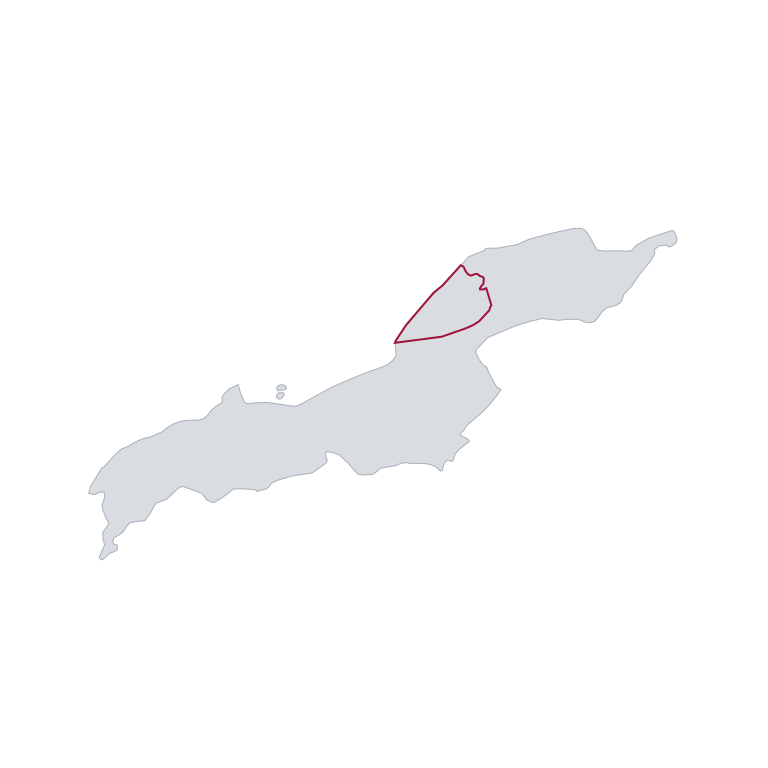 Malawi, with Mangochi highlighted, rotated 253°
{"feature_id": "MWI-1910", "entity_name": "Mangochi", "entity_type": "District", "adm_level": 1, "iso_a3": "MWI", "parent_name": "Malawi", "parent_adm1": "", "projection": "equal_earth", "projection_center": [35.307, -14.139], "detail": "coarse", "context": "in_parent", "style": "outline", "palette": "rose", "viewbox_px": 768, "rotation_deg": 253, "n_neighbors": 0, "source": "natural_earth", "source_scale": "10m", "svg_char_len": 3735}
<svg xmlns="http://www.w3.org/2000/svg" viewBox="0 0 768 768"><g transform="rotate(253 384 384)"><path d="M317.2,448.0L313.8,441.9L311.1,443.4L307.3,447.7L305.3,448.8L304.2,448.7L303.5,447.6L302.7,444.9L299.7,437.2L296.4,431.6L292.9,429.5L290.1,426.9L291.3,424.4L292.6,422.7L292.0,420.9L290.4,418.2L284.2,414.3L284.1,412.7L289.6,409.3L293.0,405.4L295.3,401.5L298.3,393.2L300.7,384.9L302.5,382.2L303.1,376.7L302.6,370.4L303.8,362.5L304.4,355.0L302.5,352.1L301.0,347.0L302.8,338.4L305.6,332.5L319.4,326.3L329.0,320.7L331.0,318.3L334.3,313.5L336.1,308.9L334.8,307.5L327.2,307.3L325.4,305.6L319.9,289.2L322.8,270.4L323.1,263.0L323.0,253.9L322.0,247.2L319.6,244.4L318.1,240.8L318.5,231.0L320.7,229.8L325.5,216.9L327.6,209.2L325.0,203.1L322.2,194.4L320.9,188.8L320.2,187.0L322.1,183.6L325.4,180.3L329.0,179.3L332.8,177.8L344.9,161.6L345.0,158.5L342.8,153.1L338.3,144.9L337.3,141.6L336.7,131.7L334.9,128.8L328.3,122.2L323.1,115.2L324.7,108.2L325.6,100.4L323.0,96.2L319.2,91.8L316.9,85.4L315.8,80.6L312.8,78.7L310.1,78.6L308.1,81.6L306.0,81.4L303.3,80.3L302.5,76.2L302.3,71.7L300.5,68.7L298.8,64.5L298.6,62.2L299.6,61.6L301.9,61.2L311.7,69.7L317.6,70.0L324.2,71.6L329.9,79.1L332.8,80.1L336.5,79.0L347.2,78.3L351.4,79.3L356.9,83.7L359.1,84.3L362.5,84.5L363.2,83.3L363.5,80.7L362.9,75.5L363.7,72.7L365.7,69.6L371.6,73.2L386.1,89.5L386.5,91.6L395.8,107.7L398.8,114.6L398.8,118.2L401.7,132.3L402.3,138.9L401.7,143.9L401.8,147.9L402.9,153.7L402.5,156.1L405.8,164.6L407.4,171.6L407.8,178.6L406.8,185.3L403.9,195.1L403.4,199.1L404.1,202.7L406.0,206.6L409.1,210.8L411.5,215.9L413.1,221.9L414.4,224.6L416.1,224.5L419.2,225.5L421.7,229.0L424.6,234.8L425.6,241.5L426.0,244.4L417.7,244.2L407.3,245.3L404.8,248.0L404.0,253.8L400.8,265.9L399.0,270.3L395.1,278.4L389.7,289.8L388.6,293.5L388.8,297.4L392.0,312.9L395.4,329.2L396.4,335.5L398.9,357.2L400.2,372.5L400.4,381.5L401.5,393.5L404.5,400.0L407.6,404.0L419.3,406.5L422.8,409.4L429.5,417.1L444.0,438.2L451.9,451.7L458.9,463.6L471.4,485.6L481.1,502.7L482.3,518.8L483.9,521.1L480.6,533.0L478.4,552.2L480.0,564.9L479.3,586.6L477.5,609.7L475.3,618.0L472.4,621.1L465.7,623.6L450.8,626.5L448.6,629.2L446.7,633.6L443.7,644.3L440.1,655.0L439.0,659.6L439.7,660.7L442.9,666.1L446.1,680.1L446.6,704.0L445.5,705.8L441.1,706.8L436.4,706.5L434.5,705.2L432.7,702.5L431.5,697.4L434.5,693.8L435.6,687.6L433.7,682.2L429.7,681.1L424.6,676.2L413.9,660.2L404.9,648.9L399.6,639.6L394.3,635.9L392.7,633.6L391.4,629.7L391.4,624.0L391.9,619.8L390.2,615.1L384.8,607.9L382.3,603.8L382.2,599.0L384.4,594.4L389.1,588.7L392.5,577.2L393.8,569.8L400.3,554.8L401.2,541.8L401.3,531.4L400.9,523.6L399.2,507.7L398.0,496.7L389.9,482.2L387.3,480.9L379.7,482.1L373.0,484.3L369.8,487.3L364.9,487.4L352.0,489.9L347.9,491.0L345.6,493.6L344.2,494.2L336.1,483.0L328.9,471.0L319.8,450.4L317.2,448.0ZM411.1,289.0L408.9,289.7L407.5,288.2L407.9,283.7L408.6,280.5L410.8,280.0L412.3,280.9L413.4,282.3L413.4,284.7L412.8,287.2L411.1,289.0ZM406.3,280.9L405.0,285.3L402.5,285.3L400.0,281.3L400.8,278.3L403.1,277.3L405.2,278.5L406.3,280.9Z" fill="#d9dde1" stroke="#a8b0b8" stroke-width="1"/><path d="M420.2,406.5L422.1,408.0L433.8,422.2L456.9,458.3L461.0,468.7L475.1,492.1L473.4,493.9L472.0,494.6L470.1,494.7L468.6,494.9L465.6,495.9L464.2,496.6L463.4,497.3L462.4,498.6L462.3,499.1L462.2,499.6L462.5,502.4L462.5,503.6L462.2,504.7L461.5,505.8L459.3,507.2L457.7,509.5L456.8,510.1L455.8,510.3L455.0,510.1L450.6,508.2L450.3,507.8L449.6,506.4L448.9,505.4L447.9,504.2L447.2,503.6L446.5,503.4L446.3,503.6L446.2,503.9L446.0,504.8L445.4,506.5L445.4,507.9L445.8,509.1L445.7,509.8L428.0,509.7L426.0,507.7L424.1,506.6L423.3,505.6L416.1,493.1L414.3,486.4L413.5,480.5L413.0,472.1L413.0,468.6L412.3,453.3L420.2,406.5Z" fill="none" stroke="#9f1239" stroke-width="2"/></g></svg>